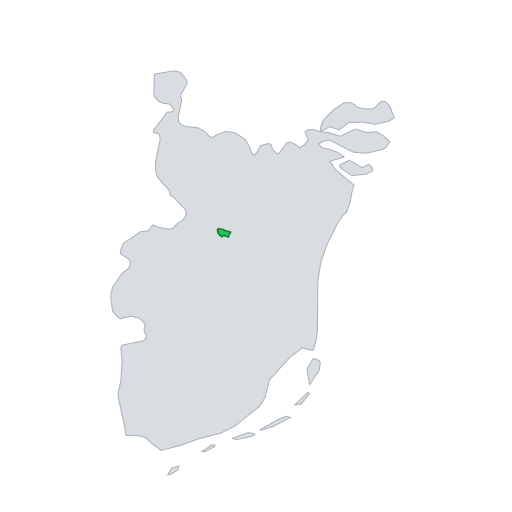 location of Rhenen, Utrecht, Netherlands, rotated 169°
{"feature_id": "6326949B30016596145373", "entity_name": "Rhenen", "entity_type": "district", "adm_level": 2, "iso_a3": "NLD", "parent_name": "Netherlands", "parent_adm1": "Utrecht", "projection": "orthographic", "projection_center": [5.564, 51.981], "detail": "fine", "context": "in_parent", "style": "filled", "palette": "green", "viewbox_px": 512, "rotation_deg": 169, "n_neighbors": 0, "source": "geoboundaries", "source_scale": "gbopen_adm2", "svg_char_len": 4968}
<svg xmlns="http://www.w3.org/2000/svg" viewBox="0 0 512 512"><g transform="rotate(169 256 256)"><path d="M321.1,454.0L312.3,453.7L304.0,453.5L299.6,452.8L295.0,450.7L292.8,446.4L290.3,441.3L291.0,438.1L298.7,429.1L299.8,426.6L299.0,425.3L299.8,421.3L305.7,407.9L306.4,402.5L303.8,398.7L299.9,396.5L287.6,392.5L281.7,386.9L279.0,382.0L276.2,380.6L272.2,382.2L261.9,384.0L253.6,381.4L243.9,372.0L241.6,363.7L240.5,357.3L238.1,355.1L234.8,358.4L230.5,363.5L222.3,364.0L220.0,362.8L219.6,360.0L219.2,357.2L216.9,353.8L214.5,351.9L204.0,361.3L200.1,361.2L195.3,357.5L192.9,353.9L187.5,355.8L182.6,360.2L184.2,368.5L181.5,370.0L175.6,369.1L168.9,365.6L161.5,363.4L150.3,357.4L134.4,361.7L123.5,355.9L114.4,355.1L108.8,350.5L102.9,342.8L107.4,338.0L111.6,336.4L128.3,335.9L140.4,339.2L161.9,355.9L167.4,355.9L173.3,354.0L170.4,349.5L164.9,347.3L156.9,342.7L150.6,336.4L165.8,334.8L163.8,331.5L161.9,326.1L146.3,306.8L149.1,301.8L153.4,290.9L158.5,281.9L162.5,279.5L169.2,273.1L183.6,254.4L192.8,239.1L199.8,220.9L210.1,170.6L213.1,162.0L217.8,152.6L223.6,154.4L227.7,157.2L242.1,150.1L266.7,131.6L274.0,115.4L281.1,107.9L309.1,93.2L324.5,88.8L348.4,87.4L365.6,84.6L386.2,83.3L394.3,92.2L399.0,98.8L406.4,102.3L417.9,104.5L417.5,117.6L418.2,143.4L417.4,148.0L412.5,159.0L407.4,178.7L406.2,191.5L404.6,194.0L382.5,194.3L379.4,196.6L379.0,199.4L380.2,202.7L379.7,206.0L378.0,208.7L379.0,212.9L382.9,217.7L390.0,220.6L397.5,220.7L401.4,220.1L404.2,223.5L407.1,228.8L407.1,235.5L406.2,244.5L402.8,252.9L392.6,262.7L388.1,266.1L383.8,267.9L381.7,270.5L380.8,273.7L381.1,276.6L388.6,284.1L388.4,285.9L386.4,289.9L383.6,293.8L364.7,301.9L356.8,301.3L352.4,305.3L351.0,306.1L346.0,302.5L334.8,298.5L330.7,300.0L328.4,302.2L321.4,305.0L316.4,309.4L316.4,314.9L325.4,329.2L328.5,331.9L328.7,337.3L333.1,344.0L337.6,352.3L338.1,357.7L337.6,363.1L335.4,370.8L327.8,388.8L327.7,392.3L328.4,394.9L331.1,395.6L333.1,396.9L332.5,399.3L318.0,411.9L316.1,414.1L310.0,413.5L309.1,415.6L309.9,418.9L312.3,421.9L317.6,423.4L322.1,426.5L325.7,432.7L321.1,454.0ZM168.9,365.6L167.6,370.8L164.1,376.4L152.6,384.4L140.6,389.6L134.5,388.8L130.3,385.8L128.2,382.8L121.9,379.8L113.2,378.1L107.7,381.1L103.7,383.9L100.3,383.3L97.9,380.8L96.0,376.9L93.8,365.0L100.3,363.0L114.4,362.6L125.2,367.0L139.5,369.4L150.5,363.9L159.0,369.0L168.9,365.6ZM146.3,316.6L154.4,324.3L156.1,326.7L156.7,329.3L146.1,332.1L135.0,322.6L127.6,324.6L124.9,320.2L124.9,317.4L132.7,315.3L146.3,316.6ZM227.7,134.9L219.4,144.5L214.5,141.8L213.1,139.5L215.7,131.9L227.9,119.4L227.7,134.9ZM264.2,91.8L256.5,92.9L253.1,90.9L271.5,85.5L283.2,83.9L285.2,84.6L264.2,91.8ZM313.6,81.7L297.5,84.0L292.0,82.3L291.1,80.7L295.5,79.8L309.3,79.5L313.5,80.9L313.6,81.7ZM246.3,102.4L231.0,112.4L229.7,110.8L239.6,102.1L246.3,102.4ZM379.2,64.0L371.7,64.6L373.8,60.9L380.8,58.1L384.5,58.0L379.2,64.0ZM346.6,74.3L335.2,79.1L332.4,78.1L333.1,76.8L343.1,73.8L346.6,74.3Z" fill="#d9dde1" stroke="#a8b0b8" stroke-width="1"/><path d="M285.6,289.1L285.8,289.2L286.0,289.2L286.1,289.3L286.3,289.4L286.5,289.5L286.8,289.8L287.0,290.0L287.3,290.1L287.5,289.9L287.7,289.7L287.8,289.6L288.2,289.3L288.3,289.3L288.5,289.4L288.5,289.0L288.6,288.9L288.8,288.9L288.9,289.0L289.0,288.9L289.1,288.7L289.1,288.4L289.0,288.2L288.9,287.9L288.8,287.7L288.7,287.5L288.7,287.4L288.5,286.9L288.3,287.0L288.3,286.9L288.6,286.7L288.9,286.4L288.9,286.2L289.0,286.0L289.0,285.9L288.9,285.9L288.8,285.7L288.7,285.6L288.5,285.4L288.4,285.4L288.4,285.2L288.2,285.0L288.1,284.8L288.1,284.7L288.0,284.4L288.0,284.2L288.0,283.9L287.9,283.7L287.8,283.4L287.7,283.4L287.6,283.2L287.4,283.1L287.2,283.1L286.9,283.0L286.9,282.9L286.7,282.7L286.5,282.4L286.4,282.4L286.2,282.3L286.2,282.2L286.0,281.9L286.0,281.7L286.0,281.4L285.9,281.2L285.7,281.2L285.2,281.7L284.9,282.1L284.7,282.3L284.5,282.5L284.4,282.5L283.8,282.3L283.5,282.0L283.4,282.0L283.3,281.9L283.2,281.8L283.1,282.0L282.8,282.4L282.6,282.3L281.7,281.4L281.3,281.1L281.3,280.9L281.0,280.8L281.1,280.6L280.8,280.5L280.7,280.5L280.4,280.3L280.2,280.2L279.4,279.8L279.1,280.2L279.1,280.4L278.9,280.8L278.8,281.0L278.7,281.2L278.6,281.3L278.5,281.6L278.4,281.8L278.1,282.3L277.9,282.7L277.8,283.0L277.7,282.9L277.4,282.9L277.4,283.0L277.2,283.2L277.2,283.4L277.1,283.5L277.0,283.9L277.0,284.0L276.9,283.9L276.8,283.7L276.7,283.6L276.6,283.4L276.6,283.5L276.6,283.8L276.5,284.0L276.4,284.0L276.4,284.4L276.4,284.6L276.5,284.6L276.8,284.5L277.0,284.5L277.3,284.7L277.6,284.8L277.8,284.9L277.9,285.0L278.0,285.0L278.4,285.3L278.6,285.4L278.8,285.6L279.0,285.8L279.3,286.0L279.6,286.1L279.8,286.2L280.0,286.2L280.1,286.3L280.4,286.4L280.8,286.5L281.0,286.5L281.3,286.6L281.5,286.7L281.7,286.8L281.8,286.9L281.9,287.0L282.0,287.1L282.0,287.3L282.2,287.5L282.3,287.7L282.4,287.8L282.5,287.9L282.6,288.1L282.8,288.2L282.9,288.3L283.0,288.3L283.2,288.5L283.3,288.5L283.5,288.6L284.0,288.7L284.4,288.7L284.7,288.8L284.8,288.8L285.0,288.9L285.2,289.0L285.3,289.0L285.6,289.1Z" fill="#22c55e" stroke="#15803d" stroke-width="1.5"/></g></svg>